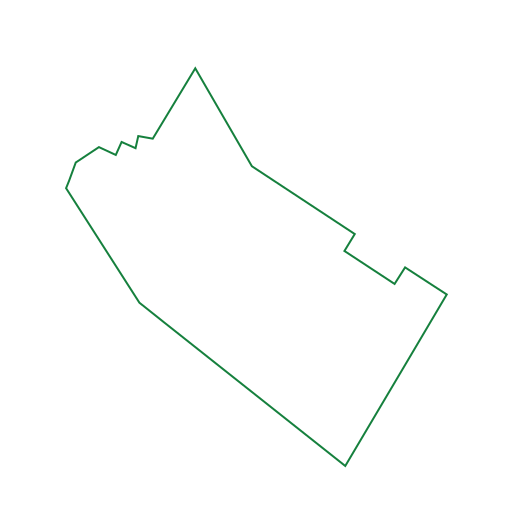 the district of Fulton, New York, United States of America, rotated 38°
{"feature_id": "52423323B72706838172398", "entity_name": "Fulton", "entity_type": "district", "adm_level": 2, "iso_a3": "USA", "parent_name": "United States of America", "parent_adm1": "New York", "projection": "robinson", "projection_center": [-74.528, 43.135], "detail": "fine", "context": "isolated", "style": "outline", "palette": "green", "viewbox_px": 512, "rotation_deg": 38, "n_neighbors": 0, "source": "geoboundaries", "source_scale": "gbopen_adm2", "svg_char_len": 407}
<svg xmlns="http://www.w3.org/2000/svg" viewBox="0 0 512 512"><g transform="rotate(38 256 256)"><path d="M92.6,145.5L102.4,227.1L89.4,234.0L94.7,245.2L79.9,248.9L83.3,262.7L65.2,266.9L56.4,293.3L62.4,311.8L64.6,319.5L192.9,364.6L224.5,364.9L455.6,366.5L439.5,241.9L430.0,168.9L380.5,173.2L382.4,192.7L322.6,197.6L320.3,177.9L197.5,187.8L92.6,145.5Z" fill="none" stroke="#15803d" stroke-width="2"/></g></svg>